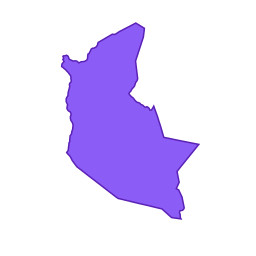 the district of Riachão do Jacuípe, Bahia, Brazil, rotated 167°
{"feature_id": "56859067B71241213930748", "entity_name": "Riachão do Jacuípe", "entity_type": "district", "adm_level": 2, "iso_a3": "BRA", "parent_name": "Brazil", "parent_adm1": "Bahia", "projection": "equal_earth", "projection_center": [-39.393, -11.797], "detail": "fine", "context": "isolated", "style": "filled", "palette": "violet", "viewbox_px": 256, "rotation_deg": 167, "n_neighbors": 0, "source": "geoboundaries", "source_scale": "gbopen_adm2", "svg_char_len": 2418}
<svg xmlns="http://www.w3.org/2000/svg" viewBox="0 0 256 256"><g transform="rotate(167 128 128)"><path d="M193.3,117.8L192.3,115.9L191.4,114.4L190.7,113.1L190.2,111.0L189.7,109.0L187.5,103.9L186.5,101.7L178.1,91.4L177.2,90.3L169.8,81.3L155.3,63.6L153.5,61.6L133.9,51.8L125.4,47.7L123.7,46.8L113.1,41.5L110.6,37.9L105.7,30.9L96.8,27.5L97.1,28.9L96.9,30.7L96.6,32.1L96.9,33.8L96.1,35.7L94.7,35.6L93.7,35.5L92.3,36.1L91.2,37.5L90.9,48.6L91.9,53.2L92.5,56.2L94.6,58.0L90.4,63.5L90.0,74.6L86.2,77.7L67.9,92.0L66.5,93.1L62.7,96.1L77.2,102.6L86.2,106.7L90.7,108.8L95.2,110.8L95.4,113.8L95.6,117.7L95.9,122.6L96.2,126.0L96.4,128.2L96.6,131.0L96.7,132.8L96.9,134.3L98.0,143.5L99.4,141.9L101.2,140.2L102.7,140.5L103.0,142.4L103.7,143.5L104.8,144.5L106.2,144.2L107.1,144.8L108.0,146.2L108.8,147.2L110.0,147.9L110.9,149.5L111.9,150.3L113.2,150.9L114.0,151.8L114.9,153.3L115.5,154.4L116.0,155.8L116.8,156.8L117.7,157.9L118.6,159.3L119.4,161.2L118.7,162.2L116.9,163.3L116.0,164.5L114.8,165.5L113.7,166.2L112.2,167.4L110.3,170.6L108.6,172.0L107.5,173.8L105.6,191.5L92.6,213.1L90.2,219.6L89.6,221.5L96.8,228.5L114.7,223.9L119.0,222.3L120.0,222.2L121.3,222.6L122.2,222.9L137.8,218.1L138.5,217.2L138.9,215.9L140.2,214.7L141.2,213.9L142.1,213.8L143.4,213.5L144.9,213.7L146.2,213.1L147.3,211.5L148.5,210.3L149.2,209.2L150.3,209.1L150.9,207.8L151.4,206.1L152.1,204.2L153.4,203.2L155.3,202.7L157.1,202.8L158.5,203.1L159.5,202.9L161.1,202.5L162.1,203.7L162.9,204.7L164.2,205.3L165.6,205.5L166.9,205.8L167.7,206.7L168.8,207.3L169.9,208.5L170.0,210.5L170.6,212.0L171.8,212.8L173.0,212.5L174.4,212.8L175.3,212.5L175.0,210.3L176.1,209.5L175.7,208.3L175.4,207.1L176.4,206.4L177.8,205.4L178.5,203.9L178.8,202.7L177.7,201.6L176.9,200.3L175.7,198.9L174.7,197.0L173.8,195.6L172.9,193.4L172.3,192.1L172.1,190.4L172.6,188.8L172.6,187.1L173.2,185.6L174.7,184.7L175.4,183.4L175.4,181.8L176.2,180.1L177.1,178.4L178.0,176.7L178.6,175.4L178.9,174.0L179.6,172.6L180.7,171.7L181.7,170.3L182.0,168.8L182.3,167.5L182.0,166.1L181.6,164.3L182.5,162.6L183.1,160.9L182.8,159.3L182.0,157.9L180.7,156.7L180.3,155.1L180.5,153.7L181.6,152.0L182.0,149.9L181.9,148.0L181.2,146.4L180.9,144.6L180.9,142.9L181.5,141.5L182.1,139.5L183.0,138.0L183.8,136.8L184.1,135.5L185.2,134.2L186.2,133.4L186.6,132.0L187.3,130.1L187.9,127.7L188.9,126.7L189.5,124.6L190.4,122.4L190.8,121.0L191.4,119.5L192.3,118.8L193.3,117.8Z" fill="#8b5cf6" stroke="#5b21b6" stroke-width="1.5"/></g></svg>